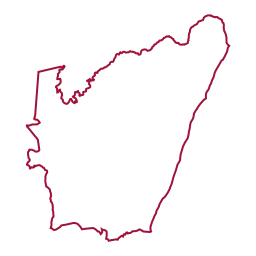 Viotá, Cundinamarca, Colombia (Natural Earth projection)
{"feature_id": "7082276B31089834197292", "entity_name": "Viotá", "entity_type": "district", "adm_level": 2, "iso_a3": "COL", "parent_name": "Colombia", "parent_adm1": "Cundinamarca", "projection": "natural_earth1", "projection_center": [-74.491, 4.439], "detail": "fine", "context": "isolated", "style": "outline", "palette": "rose", "viewbox_px": 256, "rotation_deg": 0, "n_neighbors": 0, "source": "geoboundaries", "source_scale": "gbopen_adm2", "svg_char_len": 5617}
<svg xmlns="http://www.w3.org/2000/svg" viewBox="0 0 256 256"><path d="M108.6,240.6L108.9,240.4L109.7,240.6L110.0,240.4L110.6,240.5L111.6,240.0L112.9,240.0L115.2,239.4L116.4,239.4L117.1,239.7L117.6,239.7L117.9,239.6L118.3,238.4L121.4,236.0L122.2,235.8L123.0,236.5L123.8,234.4L124.1,234.2L124.8,234.6L125.3,234.6L125.9,233.3L126.4,232.6L126.9,232.4L127.9,233.5L129.1,233.0L130.3,233.0L131.4,232.3L132.4,231.3L134.8,231.2L137.3,230.7L138.4,229.9L139.6,229.4L140.4,229.7L141.5,230.5L142.6,230.8L143.2,231.5L149.8,232.0L151.1,231.5L150.6,230.1L150.4,227.8L150.5,226.8L152.3,221.1L153.1,219.5L154.6,215.7L155.8,213.8L156.7,210.4L158.5,207.4L159.7,203.9L162.2,199.5L162.8,198.6L164.7,197.0L165.9,195.5L167.9,192.4L169.7,188.9L170.1,187.5L171.2,185.0L172.0,182.7L173.4,177.2L175.9,170.2L177.5,164.6L179.4,161.5L180.2,159.8L180.1,158.8L180.7,154.2L183.0,146.6L184.8,142.7L187.2,139.1L187.9,137.6L188.7,133.8L188.8,132.0L189.3,130.4L189.8,127.8L190.2,124.5L190.9,122.0L192.5,119.5L193.4,117.4L194.0,113.5L196.0,110.1L196.8,109.2L198.1,106.8L200.5,103.6L203.9,99.8L205.9,98.5L205.9,94.7L206.4,92.5L207.6,90.6L208.2,90.1L209.2,87.7L209.7,85.8L211.0,83.6L212.1,80.1L213.5,77.5L214.7,72.8L215.7,70.6L221.6,60.5L223.0,59.7L223.5,58.4L224.2,57.5L227.0,51.7L227.9,47.7L229.2,45.8L228.6,45.5L227.1,43.7L226.5,42.6L226.5,37.8L226.0,35.2L225.4,33.3L224.2,30.9L223.9,29.3L223.7,27.0L223.9,25.2L223.4,23.0L222.5,22.5L222.4,22.2L221.9,20.0L221.5,19.9L220.2,18.8L218.8,18.4L217.9,17.5L217.1,17.0L215.6,17.3L215.1,17.0L213.4,16.9L212.7,16.3L211.3,16.0L211.0,15.4L207.7,15.4L205.0,16.6L203.7,17.9L203.1,20.0L198.6,21.5L196.9,24.1L193.6,25.8L193.0,26.6L191.6,27.2L190.9,28.1L190.1,29.6L189.8,32.2L189.2,33.2L188.9,34.8L188.7,38.3L188.3,39.5L188.6,40.2L188.0,41.2L187.8,42.9L186.5,43.7L184.8,44.4L184.3,44.3L184.0,44.7L183.0,44.4L181.5,44.7L180.7,44.7L179.3,44.2L178.5,43.0L177.5,43.0L176.9,42.7L176.4,42.9L175.9,42.7L175.3,42.2L174.9,41.5L173.4,39.8L173.3,39.0L172.4,38.7L170.8,37.2L169.7,36.9L169.2,36.3L168.8,36.6L168.2,36.3L167.5,36.6L166.7,36.4L165.6,37.0L164.9,37.7L163.6,38.1L162.8,39.4L162.0,39.8L161.6,40.3L159.4,40.6L158.8,41.7L158.2,42.2L157.2,42.4L156.2,43.8L155.5,44.3L154.7,44.3L153.8,45.4L153.7,45.9L152.3,47.1L152.1,48.0L151.7,48.2L151.3,49.1L149.8,50.3L147.5,50.8L146.1,49.6L144.3,49.4L142.3,50.0L141.3,51.0L140.6,53.8L139.9,54.5L139.3,54.7L138.6,54.6L137.9,53.3L137.0,53.4L135.7,53.2L134.5,52.2L133.7,52.1L132.3,51.6L131.3,51.8L130.3,51.2L129.9,51.2L128.7,52.3L128.1,52.4L127.3,52.3L125.9,52.6L125.4,52.4L124.7,51.9L123.4,51.8L123.0,51.9L122.2,52.8L121.3,53.1L120.3,52.3L120.0,52.5L119.0,54.5L118.4,54.4L117.6,54.0L116.7,54.2L115.9,55.2L115.5,57.2L114.6,58.2L113.7,60.6L113.0,61.8L111.4,61.8L110.5,62.3L110.1,62.8L109.7,64.2L109.4,64.5L108.4,65.1L105.9,67.1L104.4,67.4L103.7,68.1L102.7,68.7L101.1,68.7L100.6,69.0L99.4,70.3L98.0,71.1L97.5,72.8L96.8,73.0L96.0,72.4L94.9,73.1L94.6,74.1L95.0,75.2L94.6,75.8L93.2,76.6L92.5,78.0L92.7,79.0L93.9,79.6L93.6,80.3L92.0,80.3L91.0,80.8L90.6,80.8L90.3,79.4L89.8,79.1L89.4,79.2L88.3,80.2L87.2,80.6L87.4,81.2L88.5,81.5L89.2,81.9L89.3,82.8L88.9,84.0L90.2,85.5L90.2,87.0L89.0,87.9L86.3,88.8L86.1,89.1L86.0,91.2L85.6,91.5L83.3,92.0L83.2,92.5L83.3,94.2L82.9,94.9L81.5,95.1L79.8,95.9L79.4,95.6L79.3,95.2L79.7,94.5L79.6,93.4L79.0,92.7L77.9,92.3L78.0,91.2L77.5,91.3L76.3,92.3L75.3,92.0L75.1,92.2L74.8,95.1L74.2,95.9L73.0,96.5L73.2,97.2L74.9,97.9L75.8,98.5L76.7,100.6L76.9,101.7L76.7,102.2L76.5,102.3L76.0,102.1L75.4,101.2L75.1,101.3L74.6,103.1L74.1,103.0L72.4,101.7L72.1,100.8L71.1,99.0L70.4,99.0L70.0,99.4L69.2,101.5L67.8,103.3L67.3,103.7L66.3,103.8L64.8,103.3L64.1,102.8L63.1,101.7L62.8,101.1L62.9,99.9L61.3,98.3L61.3,97.5L62.1,95.1L62.0,93.9L61.9,93.3L60.2,91.4L60.1,90.0L60.0,89.7L59.6,89.7L59.2,90.2L57.9,92.4L57.3,92.5L57.3,92.3L57.0,88.4L55.9,87.1L56.1,86.5L56.5,86.0L58.0,85.3L59.4,84.1L60.4,82.9L60.7,81.8L60.4,79.2L60.2,78.8L58.2,79.2L57.3,79.1L57.4,77.5L58.0,76.1L57.9,74.0L59.6,72.1L59.6,71.3L59.3,70.3L59.5,69.6L60.5,69.4L61.8,69.7L62.6,69.3L64.2,67.2L64.5,66.5L64.2,65.9L63.8,65.8L63.4,66.0L62.3,67.5L61.6,67.4L60.5,66.7L38.5,71.9L35.2,115.0L34.8,116.8L34.5,117.2L34.6,118.2L34.2,118.8L34.5,119.2L35.5,119.6L37.2,119.7L38.8,121.2L39.7,122.7L37.1,124.4L32.1,124.5L28.9,125.7L27.4,125.3L26.9,125.4L26.8,125.7L27.3,126.9L29.8,129.7L34.6,135.7L35.9,137.1L37.5,139.2L37.9,140.0L39.3,149.5L39.2,150.4L37.9,151.4L36.0,151.7L35.1,151.4L33.9,150.5L31.9,149.8L29.8,149.6L29.3,149.8L28.9,151.1L28.2,151.8L28.0,152.4L28.1,154.8L28.6,157.9L29.8,159.6L29.7,160.3L29.6,160.7L28.1,162.2L27.2,163.5L27.0,164.7L27.2,165.0L28.6,165.4L29.8,166.6L29.8,167.9L29.9,168.4L30.1,168.5L31.5,167.3L33.2,167.6L33.7,167.4L34.4,166.8L34.0,166.2L34.3,165.8L34.8,165.6L36.0,166.0L37.4,165.4L38.5,165.2L39.7,165.2L42.2,166.7L43.0,167.6L44.0,167.9L44.9,169.8L47.0,170.7L47.2,172.5L46.1,174.2L45.4,176.6L45.5,178.0L45.3,180.3L45.5,182.9L45.9,184.0L45.9,184.9L46.2,185.4L46.2,186.4L46.3,186.6L47.2,186.9L49.6,189.2L50.0,190.1L50.1,191.3L50.9,193.3L50.8,194.6L51.2,195.7L50.7,196.8L50.3,198.8L50.9,200.2L50.8,201.4L52.1,203.0L52.7,205.4L52.7,206.6L52.9,207.7L52.7,208.9L52.8,210.7L53.3,211.9L53.3,214.6L53.6,215.9L53.3,217.0L52.7,217.5L52.2,218.5L51.4,222.2L51.5,225.1L50.7,228.1L51.9,228.4L53.5,229.8L54.2,230.0L55.1,229.8L56.3,229.4L59.9,227.1L61.4,225.5L62.0,225.3L66.2,224.6L73.3,223.0L74.9,223.0L77.5,223.8L80.3,226.7L82.0,229.3L85.0,228.8L93.2,228.0L95.6,229.3L97.8,231.5L98.7,231.4L99.3,231.8L100.8,234.1L101.7,233.0L102.2,231.9L102.2,230.7L101.9,229.3L102.7,229.9L104.0,229.9L105.6,230.6L106.4,231.3L106.7,232.2L106.7,235.8L106.1,238.7L107.9,239.3L108.6,240.6Z" fill="none" stroke="#9f1239" stroke-width="2"/></svg>